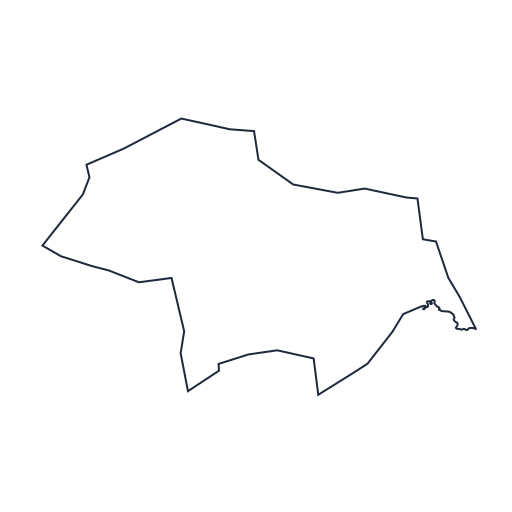 Lu'n, Töv, Mongolia (Equal Earth projection), rotated 174°
{"feature_id": "93677404B53704877683410", "entity_name": "Lu'n", "entity_type": "district", "adm_level": 2, "iso_a3": "MNG", "parent_name": "Mongolia", "parent_adm1": "Töv", "projection": "equal_earth", "projection_center": [104.801, 47.789], "detail": "fine", "context": "isolated", "style": "outline", "palette": "slate", "viewbox_px": 512, "rotation_deg": 174, "n_neighbors": 0, "source": "geoboundaries", "source_scale": "gbopen_adm2", "svg_char_len": 2301}
<svg xmlns="http://www.w3.org/2000/svg" viewBox="0 0 512 512"><g transform="rotate(174 256 256)"><path d="M415.1,364.5L413.4,351.7L421.7,335.4L467.3,288.7L450.1,276.2L420.2,263.1L404.1,257.1L375.2,242.1L342.3,243.0L335.3,188.6L341.1,167.2L337.8,128.7L304.8,145.8L304.5,152.6L273.7,158.9L244.8,160.0L209.4,148.1L208.6,111.5L169.8,130.4L156.4,137.2L128.4,166.2L115.7,182.8L97.2,188.5L96.4,188.5L95.4,188.7L94.2,188.9L93.2,188.8L92.5,188.3L92.6,187.6L93.9,186.7L94.5,186.3L95.1,186.2L95.2,185.7L94.8,185.6L94.2,185.7L93.8,186.1L93.2,186.6L92.6,187.1L91.9,187.3L91.3,187.3L90.8,187.6L90.3,187.9L90.1,188.4L90.0,189.0L90.1,189.6L90.3,190.5L90.5,190.9L90.6,191.3L90.8,191.8L90.8,192.4L90.2,192.9L89.7,193.1L89.1,193.1L88.5,193.0L88.0,192.8L87.7,192.4L87.6,192.0L87.6,191.5L87.7,190.9L87.7,190.5L87.4,190.1L87.1,189.9L86.7,189.9L86.4,190.0L86.2,190.2L86.1,190.5L86.1,190.8L86.2,191.1L86.4,191.6L86.5,192.4L86.3,193.0L85.7,193.5L84.8,193.8L84.0,193.7L83.4,193.4L83.2,193.1L83.0,192.7L83.0,192.4L83.2,192.0L83.3,191.6L83.4,191.2L83.5,190.8L83.5,190.2L83.3,189.8L83.1,189.5L82.8,189.1L82.1,188.0L81.8,187.6L81.5,187.2L80.8,186.5L80.4,186.3L79.9,186.1L79.6,185.9L79.4,185.7L79.2,185.4L79.0,184.9L79.1,184.6L79.3,184.3L79.6,184.0L79.7,183.7L79.4,183.2L79.0,183.1L78.5,182.9L78.1,182.8L77.8,182.5L77.5,182.0L76.9,181.7L75.9,181.6L74.6,181.4L73.6,181.1L72.8,181.0L72.0,180.9L71.0,180.8L70.0,180.4L69.0,180.0L68.4,179.6L67.9,179.1L66.6,178.0L66.1,177.4L65.7,176.7L65.4,175.8L65.3,174.9L65.0,174.0L65.2,173.5L65.5,173.0L65.9,172.5L66.0,172.0L65.8,171.4L65.5,170.6L64.7,169.9L64.0,169.4L63.2,168.7L62.6,167.9L62.5,167.3L62.6,166.7L62.9,166.0L63.4,165.3L63.8,164.8L64.4,164.3L64.7,163.9L64.6,163.5L64.4,163.0L63.8,162.6L63.0,162.4L62.3,162.4L61.7,162.3L61.2,162.2L60.5,161.8L60.0,161.4L59.7,161.3L59.2,161.3L58.8,161.3L58.4,161.5L57.7,161.7L57.0,161.8L56.4,161.7L56.0,161.5L55.5,161.1L55.0,160.7L54.5,160.4L54.1,160.4L53.7,160.4L53.4,160.6L52.9,160.9L52.5,161.3L52.0,161.7L51.2,162.0L50.2,162.0L49.1,161.9L48.0,161.7L47.2,161.5L46.3,161.2L45.6,160.8L44.7,159.8L57.7,194.0L67.0,214.2L75.5,251.6L88.3,255.2L89.4,296.3L100.8,298.6L140.9,311.7L168.1,310.3L211.5,323.2L243.5,351.4L244.2,366.4L244.9,380.4L268.4,384.7L268.9,384.8L315.9,400.5L376.4,376.6L415.1,364.5Z" fill="none" stroke="#1e293b" stroke-width="2"/></g></svg>